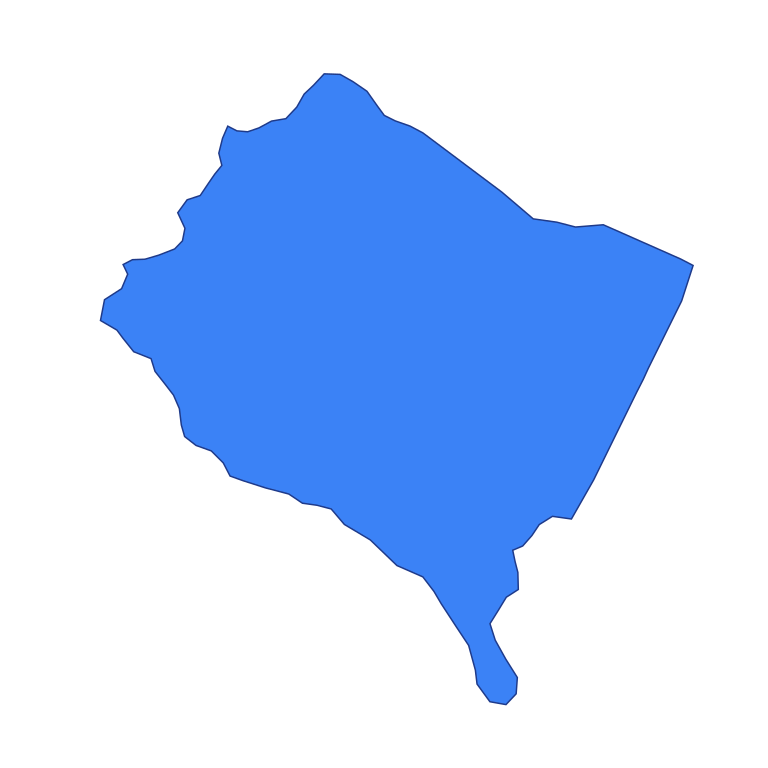 Campo Grande, Alagoas, Brazil, rotated 278°
{"feature_id": "56859067B11440381309792", "entity_name": "Campo Grande", "entity_type": "district", "adm_level": 2, "iso_a3": "BRA", "parent_name": "Brazil", "parent_adm1": "Alagoas", "projection": "mercator", "projection_center": [-36.753, -9.965], "detail": "fine", "context": "isolated", "style": "filled", "palette": "blue", "viewbox_px": 768, "rotation_deg": 278, "n_neighbors": 0, "source": "geoboundaries", "source_scale": "gbopen_adm2", "svg_char_len": 1341}
<svg xmlns="http://www.w3.org/2000/svg" viewBox="0 0 768 768"><g transform="rotate(278 384 384)"><path d="M638.1,387.5L643.0,374.0L646.1,358.6L650.0,346.9L658.3,338.8L671.5,326.4L678.9,311.6L684.5,297.5L682.8,281.6L670.0,272.6L660.0,264.6L646.1,259.1L633.1,249.9L628.7,236.0L620.2,224.5L614.8,213.9L614.2,203.1L617.6,193.4L604.8,189.9L589.6,188.3L577.9,193.0L568.3,187.2L558.3,182.2L545.1,175.8L539.0,163.4L524.9,155.9L510.5,165.2L497.7,164.5L488.6,157.9L480.3,143.1L474.3,129.9L472.1,117.6L466.0,109.0L457.1,114.9L441.9,110.9L428.6,95.5L407.4,94.4L400.2,112.0L392.8,119.3L381.1,131.7L376.7,149.8L364.6,155.5L353.9,166.7L343.7,177.1L331.1,184.8L315.2,189.0L304.2,193.9L297.0,206.4L293.7,222.3L283.5,235.8L271.4,244.4L268.5,258.5L264.6,281.2L261.8,305.0L254.6,319.8L254.6,334.3L252.9,349.1L239.4,364.3L227.7,392.1L206.0,422.1L198.4,449.3L185.6,462.3L174.3,471.3L153.6,489.4L136.9,504.2L113.4,514.3L99.8,517.9L84.1,533.1L83.5,549.4L95.6,558.0L111.9,556.9L128.6,542.8L145.8,529.8L161.4,522.3L176.7,529.1L189.9,534.8L199.2,545.6L216.0,542.8L226.2,538.6L237.3,534.6L242.9,543.9L254.6,551.6L266.4,557.3L276.4,569.2L276.4,588.4L318.3,605.0L411.7,635.6L424.7,640.1L436.5,643.6L507.7,667.2L544.4,673.6L549.0,660.6L572.2,579.0L566.1,551.8L568.3,532.6L568.3,508.8L590.3,474.2L638.1,387.5Z" fill="#3b82f6" stroke="#1e3a8a" stroke-width="1.5"/></g></svg>